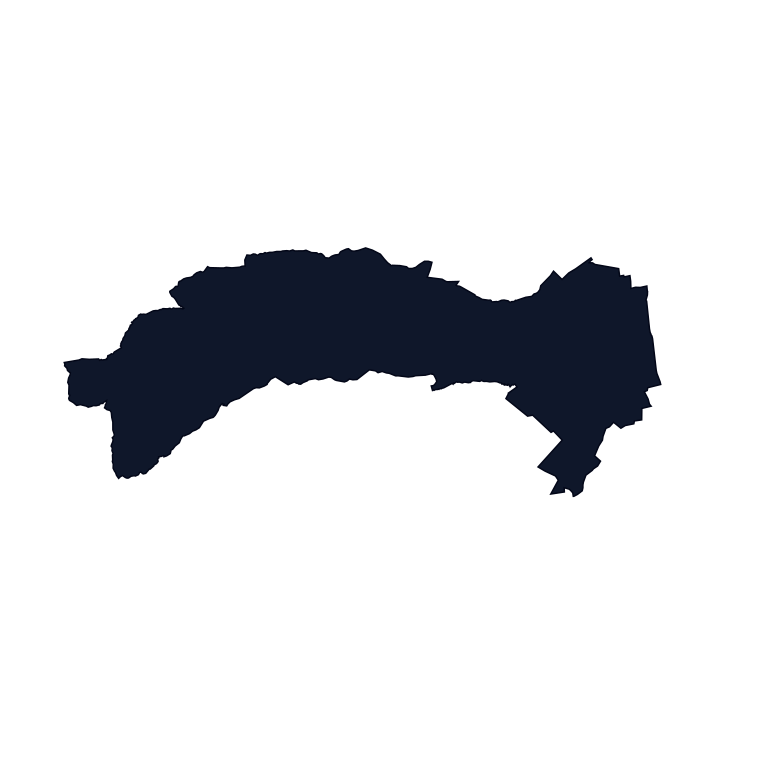 outline of Galda De Jos, Alba, Romania, rotated 325°
{"feature_id": "2599482B67050405953805", "entity_name": "Galda De Jos", "entity_type": "district", "adm_level": 2, "iso_a3": "ROU", "parent_name": "Romania", "parent_adm1": "Alba", "projection": "robinson", "projection_center": [23.552, 46.204], "detail": "fine", "context": "isolated", "style": "filled", "palette": "ink", "viewbox_px": 768, "rotation_deg": 325, "n_neighbors": 0, "source": "geoboundaries", "source_scale": "gbopen_adm2", "svg_char_len": 6171}
<svg xmlns="http://www.w3.org/2000/svg" viewBox="0 0 768 768"><g transform="rotate(325 384 384)"><path d="M653.1,459.2L653.1,458.7L655.5,454.5L649.3,451.9L645.5,449.0L641.0,447.4L645.0,441.3L647.6,436.3L642.1,434.0L642.6,432.5L638.9,430.8L642.4,424.1L625.3,407.0L624.4,404.5L621.6,402.3L623.6,401.6L625.8,401.5L625.9,399.4L607.0,399.6L599.1,399.0L589.8,400.5L587.6,388.8L582.4,390.8L568.8,393.4L565.8,396.1L562.8,397.1L560.8,397.1L558.5,396.3L555.3,397.0L549.9,394.3L540.1,391.4L539.6,390.8L538.2,391.2L535.5,389.6L534.0,389.6L533.4,387.1L530.5,384.1L528.2,382.8L524.4,382.0L523.5,381.0L519.8,378.9L519.4,378.2L519.6,377.1L519.2,376.2L517.9,375.5L512.9,370.9L511.3,367.5L509.8,365.2L509.2,363.6L509.6,363.1L502.5,348.2L501.9,347.2L500.1,345.5L499.7,344.4L503.9,342.8L494.7,336.7L493.6,335.6L491.7,331.5L480.6,321.4L487.5,316.6L493.1,311.8L490.7,308.9L487.6,306.7L481.6,306.4L477.0,306.7L473.4,305.6L470.4,303.5L469.7,300.9L464.9,296.1L459.0,291.6L457.5,291.2L457.7,290.4L456.5,286.7L455.9,281.8L455.5,275.6L451.3,267.7L447.0,262.0L439.4,259.8L435.6,258.0L433.7,256.3L432.5,252.8L430.6,251.9L424.9,250.8L423.8,250.9L421.3,252.0L417.9,250.2L416.1,249.7L414.2,249.3L411.3,249.4L408.3,246.9L408.2,244.2L407.6,241.6L406.8,240.7L404.8,239.9L404.2,238.0L400.0,234.8L396.8,229.7L394.3,228.7L387.2,223.8L386.2,221.9L382.9,220.9L380.8,219.0L377.1,216.8L375.7,216.4L372.1,213.9L368.0,212.1L365.8,210.5L362.8,209.4L361.9,208.1L359.6,207.9L357.3,206.2L354.1,206.0L353.0,203.8L351.5,202.5L348.4,202.0L345.7,199.7L341.1,202.6L337.9,207.7L335.2,206.1L332.9,205.6L326.0,201.6L321.6,197.9L319.4,197.1L317.5,195.8L307.9,188.7L306.8,186.7L301.0,188.7L299.5,188.4L298.1,186.5L294.3,185.5L291.1,185.6L289.1,186.2L286.7,185.7L282.9,183.8L280.2,183.0L276.2,183.0L275.4,182.6L274.3,182.8L271.7,185.5L270.5,185.7L270.0,184.9L269.1,184.6L266.3,185.3L261.7,185.2L261.1,186.2L260.6,190.5L261.5,192.4L261.7,195.0L261.3,201.6L262.1,203.0L262.1,204.2L262.8,204.4L263.5,207.1L262.4,207.2L260.7,205.3L256.2,202.3L255.1,201.0L252.7,200.7L252.1,199.2L249.7,198.2L246.2,195.5L244.1,195.2L243.3,194.6L240.9,194.2L239.2,192.9L236.8,191.7L229.0,190.5L227.0,188.8L225.4,188.0L224.9,187.2L222.3,186.9L220.8,188.2L219.0,188.3L218.0,188.0L217.6,188.4L215.8,188.3L213.7,189.1L212.9,188.6L212.5,188.8L212.8,190.0L212.4,190.3L211.1,190.7L210.1,190.3L207.6,192.1L207.1,192.1L205.7,193.4L201.5,193.9L199.3,195.9L196.4,197.0L195.0,198.4L192.7,199.2L192.5,199.8L191.3,200.2L191.0,201.3L189.9,201.7L190.0,203.1L189.7,203.7L181.4,203.1L179.5,203.9L178.7,203.8L178.0,202.9L175.7,202.9L174.1,202.4L172.4,204.0L170.9,204.2L170.9,204.8L166.8,202.6L166.4,201.7L164.7,201.6L164.6,199.8L156.8,194.8L151.0,190.1L147.9,189.4L134.4,183.0L133.9,184.8L132.8,185.9L133.3,189.3L132.5,191.4L133.1,193.9L133.6,194.8L132.2,196.4L129.1,198.2L125.9,201.3L125.3,204.3L120.2,211.1L119.8,212.3L120.2,213.0L117.6,214.8L117.2,215.7L117.0,217.0L118.9,221.1L119.9,225.2L123.5,226.8L127.5,231.4L128.4,233.3L132.0,234.7L132.9,234.6L135.8,236.7L138.9,237.9L140.3,237.3L142.6,238.7L143.7,238.2L147.3,238.4L145.2,240.7L143.8,241.2L143.0,242.2L141.4,243.2L142.4,246.2L144.2,248.3L144.5,249.1L144.3,250.9L141.8,255.3L140.0,259.7L135.5,266.2L134.2,270.5L133.0,271.8L130.6,272.2L130.3,274.1L128.7,275.7L125.3,277.9L124.7,278.7L124.9,280.0L124.5,280.8L122.9,282.6L122.3,285.5L120.8,286.5L118.2,290.6L117.0,291.7L116.3,294.3L113.8,297.6L113.3,300.6L113.3,302.6L112.5,305.5L112.5,309.1L115.1,308.7L117.3,309.0L118.5,312.3L119.5,313.7L120.9,314.5L123.9,314.5L126.7,315.8L127.6,316.8L130.8,317.4L133.1,316.3L133.9,316.5L134.6,317.2L134.8,317.9L134.6,318.5L135.3,319.6L137.6,320.5L142.8,319.1L143.7,319.6L148.5,319.0L149.2,318.4L152.0,318.7L153.8,318.2L154.8,317.6L154.7,316.9L156.0,315.4L157.2,315.4L157.7,314.4L160.1,315.6L162.2,316.1L162.5,316.4L162.0,317.4L164.7,318.2L169.0,318.4L171.7,316.0L173.4,316.2L177.4,315.0L182.6,314.7L186.2,312.4L189.3,311.1L190.7,311.9L196.3,313.1L200.0,312.8L203.7,313.7L207.7,313.9L214.8,310.9L221.7,312.2L224.8,313.3L225.9,313.2L228.0,312.7L232.9,310.5L235.7,308.4L240.3,307.1L240.6,307.7L240.3,308.4L241.2,308.9L240.2,309.4L242.6,311.7L244.7,310.8L247.7,310.3L252.6,311.2L257.1,312.7L274.4,312.9L277.2,313.7L279.7,315.7L284.8,317.0L288.0,317.3L288.4,316.7L293.9,315.1L299.2,315.7L305.0,329.6L311.7,330.9L312.7,333.0L314.0,334.3L314.1,335.1L315.7,336.4L318.5,336.4L323.0,337.4L324.5,337.2L330.9,340.2L332.8,342.9L337.0,344.9L342.7,346.6L344.6,348.3L346.0,352.2L347.0,353.7L352.8,359.6L355.5,360.3L358.5,360.1L360.9,362.7L364.4,364.8L380.1,364.0L384.6,368.4L385.6,371.3L389.7,372.7L392.3,376.3L394.4,378.2L398.2,384.0L400.3,385.4L407.9,392.2L412.1,394.5L414.6,395.3L423.0,400.5L429.2,402.9L428.9,403.5L430.0,404.5L430.0,406.1L429.5,409.7L428.6,412.3L424.9,413.6L423.3,413.5L421.6,412.7L420.0,417.1L421.4,417.3L421.4,417.9L423.0,418.1L424.9,419.3L425.7,419.2L426.0,419.9L426.7,419.7L428.3,420.8L430.0,420.9L430.5,421.4L439.6,422.5L440.3,422.9L440.5,423.8L441.6,423.2L441.9,423.8L444.8,423.7L445.0,424.5L447.0,425.8L448.7,428.0L451.2,428.7L453.8,431.3L455.9,432.4L456.5,431.9L458.8,432.3L464.0,436.8L466.1,437.0L466.3,437.8L467.3,439.2L469.6,440.7L471.8,442.9L476.1,445.4L478.0,447.1L479.8,449.9L480.5,450.2L480.9,451.1L480.5,451.6L481.8,452.6L481.9,453.8L482.3,454.1L483.0,453.4L483.4,454.7L484.5,455.9L485.0,455.2L486.0,455.9L485.7,457.8L486.5,458.1L486.2,458.5L488.7,457.9L489.1,458.9L491.2,459.2L491.2,462.7L480.6,462.8L480.6,463.2L475.5,465.9L483.2,492.7L487.9,494.8L493.1,519.4L495.9,519.7L497.8,532.2L462.6,540.3L465.9,547.6L471.7,557.7L471.6,562.8L457.5,569.8L469.8,575.9L472.1,572.3L475.4,576.4L475.8,578.0L476.2,581.4L474.6,584.6L475.1,584.9L479.1,585.4L485.1,585.2L487.4,583.1L489.1,580.7L491.0,578.8L497.1,574.5L504.9,574.2L507.0,573.6L511.9,573.7L517.1,571.4L515.3,563.6L524.4,557.9L530.7,555.3L533.4,552.5L540.3,547.6L544.1,548.4L550.1,547.0L552.7,556.1L557.8,556.4L565.8,559.9L567.9,557.9L574.5,561.2L581.2,551.9L590.1,555.4L589.9,552.8L591.7,547.8L592.8,539.7L595.9,540.3L597.9,538.3L610.4,543.1L611.4,540.6L613.6,531.8L614.8,529.0L630.0,500.9L631.0,498.3L631.0,496.2L631.3,496.1L631.6,494.4L633.1,491.1L646.7,466.7L646.5,465.7L650.8,462.2L653.1,459.2Z" fill="#0f172a" stroke="#020617" stroke-width="1.5"/></g></svg>